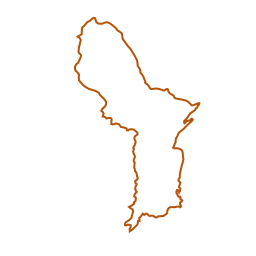 Limbang, Sarawak, Malaysia, rotated 192°
{"feature_id": "92858781B30612990862702", "entity_name": "Limbang", "entity_type": "district", "adm_level": 2, "iso_a3": "MYS", "parent_name": "Malaysia", "parent_adm1": "Sarawak", "projection": "orthographic", "projection_center": [115.07, 4.369], "detail": "fine", "context": "isolated", "style": "outline", "palette": "amber", "viewbox_px": 256, "rotation_deg": 192, "n_neighbors": 0, "source": "geoboundaries", "source_scale": "gbopen_adm2", "svg_char_len": 3911}
<svg xmlns="http://www.w3.org/2000/svg" viewBox="0 0 256 256"><g transform="rotate(192 128 128)"><path d="M196.2,206.8L193.8,205.9L192.5,204.2L192.6,200.7L192.6,199.1L192.8,197.2L192.3,192.5L191.7,191.2L189.4,189.9L189.0,188.7L189.2,186.4L190.3,181.4L191.9,179.6L192.6,177.1L192.2,175.1L191.2,173.1L188.7,171.7L187.0,170.0L186.7,167.2L185.9,164.5L183.6,162.7L180.2,160.2L177.4,159.1L174.4,158.1L170.8,157.8L167.3,157.5L163.9,156.4L162.6,154.7L159.1,152.4L156.9,151.1L155.0,149.2L154.5,147.5L154.5,145.8L155.2,143.9L156.3,142.6L157.1,141.2L157.7,139.3L156.0,138.3L154.9,137.3L155.1,134.0L154.2,134.2L152.4,133.8L151.1,132.8L149.0,133.8L147.2,134.2L145.8,133.2L145.7,131.4L145.1,128.4L143.8,128.3L142.6,128.8L140.9,129.9L139.6,129.9L137.8,129.8L136.7,129.0L135.0,127.5L132.3,127.7L129.3,127.2L128.6,125.5L127.1,125.9L126.4,126.9L125.3,127.3L123.9,127.6L121.7,127.6L119.1,126.1L117.6,125.0L117.5,123.5L119.5,121.3L119.8,119.8L119.0,118.0L117.6,116.2L117.7,114.2L118.1,111.9L118.8,109.7L117.8,108.7L118.1,106.5L117.7,105.1L117.0,104.0L115.3,101.7L115.3,100.5L115.7,98.8L115.7,97.6L115.4,96.5L114.2,95.4L114.2,94.7L113.8,91.5L113.6,90.3L112.7,89.1L112.2,87.3L110.5,86.2L110.0,84.7L109.2,82.9L107.9,80.7L108.4,79.4L109.9,77.8L109.4,75.9L108.0,75.1L107.9,73.9L108.4,72.7L108.4,71.5L108.3,69.9L107.2,68.2L106.2,67.3L107.2,65.6L107.8,64.0L107.7,62.3L106.3,61.8L105.7,61.2L105.5,58.2L106.1,57.4L106.8,56.5L106.3,55.1L107.6,53.7L108.7,52.6L110.6,51.0L108.9,50.1L106.8,49.5L105.9,48.3L105.7,46.6L105.8,44.7L105.9,42.3L106.1,40.5L107.6,38.3L108.8,37.1L110.5,35.3L111.0,34.1L110.7,32.3L109.5,32.4L108.2,33.3L106.2,33.7L104.9,33.3L104.8,31.4L105.4,29.6L104.8,27.3L102.6,29.6L101.7,31.0L100.4,33.0L98.8,35.3L98.6,37.1L98.8,39.1L97.4,39.5L97.7,40.6L98.4,42.2L97.2,43.8L95.7,47.3L94.0,46.3L92.8,47.9L91.7,48.0L90.2,47.2L88.8,46.4L87.2,47.0L85.7,47.4L83.8,46.8L81.8,46.2L79.8,48.0L77.8,48.5L75.1,49.3L72.5,52.0L72.1,53.1L72.3,55.7L71.9,57.3L70.8,59.0L68.4,59.8L66.3,60.1L62.8,61.6L61.4,61.8L60.5,61.3L59.8,62.4L60.6,63.6L61.6,65.1L61.2,66.6L60.2,67.3L59.9,68.4L60.8,68.9L62.0,69.4L62.0,70.5L62.6,71.6L64.4,71.3L65.2,72.1L66.1,73.6L67.1,74.4L67.4,75.9L67.1,77.6L66.6,77.7L65.8,77.2L64.6,75.5L64.1,77.1L64.2,79.5L65.9,80.8L65.8,82.1L65.5,84.2L65.5,85.7L66.5,86.1L67.7,87.1L67.7,88.8L67.1,90.4L67.7,93.6L67.7,97.0L67.7,99.2L67.6,100.8L67.6,102.9L67.3,105.7L67.3,109.1L68.3,111.5L69.2,114.7L70.3,117.1L71.7,117.9L73.7,118.4L76.6,118.3L77.8,117.7L79.8,118.1L79.4,119.4L78.9,122.3L78.5,124.1L78.9,126.2L78.8,128.2L77.9,130.8L77.7,132.7L77.0,134.4L73.4,138.7L71.3,142.0L68.5,146.2L67.3,147.5L66.4,149.6L67.6,150.4L69.2,148.2L70.2,147.7L71.1,147.5L71.9,146.8L72.5,146.1L73.5,144.4L74.0,144.6L74.5,145.9L74.3,147.0L73.4,148.2L72.6,149.6L71.8,151.2L71.2,152.8L70.0,155.6L67.3,158.1L66.2,159.6L65.8,161.3L64.7,162.1L64.3,164.3L63.3,165.8L63.4,167.1L64.5,166.8L65.1,165.8L65.7,166.0L68.1,164.3L69.6,163.6L70.5,163.4L72.1,164.7L73.5,165.4L75.2,166.4L77.3,166.9L81.0,167.0L83.8,166.9L86.3,166.8L88.6,167.1L89.3,168.0L90.1,169.1L92.0,169.8L94.2,170.5L95.2,171.3L96.4,172.7L96.9,174.0L98.0,174.3L99.1,173.5L100.3,172.2L101.6,172.2L102.0,172.3L106.4,172.6L109.3,172.4L111.1,171.6L112.7,171.1L114.0,171.0L115.1,171.8L116.2,173.1L117.0,173.7L118.1,174.6L119.4,175.1L120.7,176.0L120.7,177.0L123.0,180.4L123.7,181.4L124.6,182.5L127.0,184.3L127.5,185.2L127.9,186.7L128.7,188.1L129.7,189.2L131.3,190.5L131.9,192.3L132.6,194.6L133.5,196.4L137.2,200.9L139.4,203.0L140.7,204.5L142.4,206.2L145.0,207.9L146.6,209.5L150.4,212.8L151.6,213.9L152.3,215.4L153.0,217.5L153.6,219.1L154.7,219.8L156.9,220.7L158.4,221.2L160.9,223.3L162.8,224.4L167.6,226.7L170.7,227.1L173.0,226.0L174.3,225.0L176.3,224.3L179.1,224.0L180.3,224.6L181.5,225.8L182.5,227.5L183.1,228.6L184.3,228.7L186.1,227.1L187.1,225.5L188.3,224.3L189.9,223.1L192.2,218.6L193.6,217.2L193.7,214.9L193.0,211.4L192.9,209.9L195.5,207.6L196.2,206.8Z" fill="none" stroke="#b45309" stroke-width="2"/></g></svg>